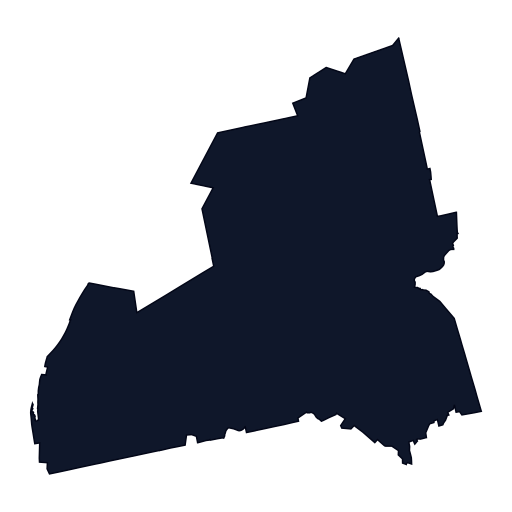 outline of Ainažu pag., Salacgrivas, Latvia
{"feature_id": "27541924B96759845375201", "entity_name": "Ainažu pag.", "entity_type": "district", "adm_level": 2, "iso_a3": "LVA", "parent_name": "Latvia", "parent_adm1": "Salacgrivas", "projection": "orthographic", "projection_center": [24.506, 57.884], "detail": "fine", "context": "isolated", "style": "filled", "palette": "ink", "viewbox_px": 512, "rotation_deg": 0, "n_neighbors": 0, "source": "geoboundaries", "source_scale": "gbopen_adm2", "svg_char_len": 5733}
<svg xmlns="http://www.w3.org/2000/svg" viewBox="0 0 512 512"><path d="M481.3,411.3L481.1,410.7L479.5,405.2L476.7,395.6L475.2,390.1L470.8,375.3L470.8,375.2L465.5,356.9L465.4,356.7L465.0,355.1L461.8,344.4L460.4,339.4L457.4,329.4L454.2,318.4L444.9,307.5L439.8,301.4L432.9,296.3L430.8,294.0L430.4,294.0L429.2,293.2L428.9,291.8L428.5,291.5L427.8,291.3L427.1,290.8L426.5,290.5L426.1,290.2L424.1,290.1L423.4,290.1L422.7,289.6L421.8,289.8L421.5,289.7L421.3,289.6L420.8,289.7L420.5,289.5L420.3,289.0L420.2,288.6L419.7,288.8L419.5,289.1L419.3,289.1L419.1,288.8L418.9,288.3L418.8,288.0L418.6,288.0L418.3,288.1L417.5,287.6L417.4,287.5L417.1,287.6L416.4,287.6L415.9,287.4L415.3,287.5L415.2,287.5L415.0,287.4L414.4,287.3L414.8,286.0L415.1,284.3L415.1,282.1L414.3,280.7L414.3,279.3L414.8,278.2L415.8,276.8L419.2,275.7L422.0,274.4L425.3,271.9L427.1,271.3L430.4,271.8L433.0,271.5L436.7,270.4L439.0,269.6L440.2,268.7L442.0,267.0L442.8,266.1L443.7,264.8L444.2,263.0L444.2,261.6L443.5,260.0L443.6,257.1L444.3,255.6L446.1,253.5L448.9,250.4L450.6,249.5L451.7,249.4L453.7,249.4L453.7,248.4L453.5,247.9L453.1,247.5L452.9,247.1L452.8,246.6L453.1,245.9L453.3,245.6L453.4,245.4L453.3,245.1L453.2,245.1L453.1,244.9L452.7,244.2L452.6,243.5L453.3,242.1L457.1,238.3L457.2,238.1L457.2,237.9L457.1,236.5L457.1,233.4L457.3,233.4L457.9,233.4L457.5,232.7L457.3,232.0L457.1,229.4L456.9,225.2L456.4,212.3L456.0,212.3L448.4,214.1L442.2,215.5L442.3,215.6L437.4,216.4L437.3,215.9L434.2,201.3L434.0,200.4L429.7,180.1L429.5,179.6L431.2,179.4L431.0,176.5L430.6,172.0L429.9,168.5L427.3,169.2L426.3,164.3L419.4,132.2L419.9,131.5L417.3,119.5L411.5,94.5L410.0,87.6L408.6,81.0L398.7,38.3L398.8,38.2L398.7,38.1L392.6,45.5L354.0,59.1L345.3,73.8L326.2,67.5L309.9,77.9L306.1,97.9L292.8,103.2L297.7,115.8L282.3,119.1L278.7,119.9L256.8,124.5L250.7,125.8L245.0,126.9L243.1,127.4L229.2,130.4L217.6,132.9L191.0,183.2L213.2,187.8L202.0,208.8L212.3,258.3L212.1,258.4L213.7,266.1L213.7,266.3L203.6,272.3L179.4,287.0L165.5,295.5L138.0,312.0L136.8,312.6L136.5,310.5L133.7,291.3L125.7,289.8L119.6,288.7L114.3,287.8L114.2,287.9L95.1,284.1L89.7,283.1L89.1,283.0L88.0,284.1L87.9,285.0L84.7,289.6L82.0,294.0L79.8,297.7L75.9,304.8L74.2,308.3L72.7,311.9L69.7,319.8L70.7,319.9L70.3,320.6L69.0,324.3L67.1,328.8L66.0,331.2L65.1,333.0L61.9,338.7L61.8,338.9L60.2,341.3L60.0,341.6L57.8,344.7L55.4,347.8L52.9,350.7L47.2,356.7L46.8,358.5L46.6,358.9L45.4,363.2L44.8,366.5L47.5,367.0L47.6,367.5L46.9,370.2L45.9,374.5L46.1,374.9L41.7,374.5L40.6,377.2L39.9,379.3L39.6,381.7L39.4,384.2L39.3,384.9L38.7,387.5L38.3,390.8L38.3,392.9L38.2,394.7L37.8,394.8L37.9,397.1L38.0,399.2L37.9,402.4L38.0,404.3L37.9,405.4L37.6,408.3L37.9,408.3L37.9,408.7L37.7,411.5L38.5,418.3L38.5,420.2L38.3,420.2L38.2,420.2L37.8,420.2L37.4,420.6L37.0,420.8L36.1,421.2L35.9,421.2L35.4,420.8L35.1,420.5L35.0,420.3L35.1,420.2L35.4,419.9L35.5,419.7L35.1,419.1L35.0,418.3L34.9,417.9L34.8,417.6L34.8,417.4L35.0,416.9L35.0,416.7L35.1,416.4L34.9,415.9L34.7,415.3L34.6,415.1L34.4,414.8L34.1,414.8L33.7,414.8L33.4,414.7L33.2,414.5L33.2,414.3L33.2,414.0L33.4,413.5L33.4,413.1L33.5,412.4L33.4,412.2L33.2,412.0L33.0,411.9L32.5,411.9L32.4,411.8L32.1,411.7L31.9,411.5L31.8,411.4L31.8,411.2L32.1,410.1L32.2,409.8L32.4,409.3L32.7,408.9L32.8,408.8L32.7,408.7L32.5,408.4L32.3,408.3L32.2,407.8L32.3,407.5L32.8,405.6L33.0,404.9L33.0,404.5L33.0,404.4L32.9,404.4L32.5,404.0L32.5,403.9L32.4,403.6L31.5,407.0L31.2,408.3L31.0,409.4L30.9,410.0L30.8,411.3L30.7,411.9L30.7,412.5L30.7,413.2L30.8,414.3L31.2,418.1L31.7,424.4L31.9,425.6L32.0,426.5L32.4,429.0L33.1,433.3L34.3,440.8L34.5,442.0L34.8,443.7L39.7,442.9L39.3,458.2L39.5,462.1L47.4,462.7L47.1,468.8L49.5,473.9L60.1,471.7L69.8,469.6L79.7,467.4L89.5,465.3L95.6,464.0L100.7,463.0L109.5,461.0L137.0,455.2L144.9,453.5L150.5,452.3L156.2,451.1L158.2,450.7L159.2,450.5L159.4,450.6L159.5,450.5L161.6,450.1L167.9,448.6L170.9,447.9L177.7,446.6L185.1,445.1L185.6,441.5L186.5,435.0L191.7,434.6L196.4,436.3L197.3,441.0L197.4,441.4L197.6,442.7L198.3,442.6L206.0,440.5L209.8,440.0L209.7,439.0L210.4,440.1L217.5,438.7L222.2,437.9L223.7,438.1L224.7,435.8L224.6,434.9L225.2,433.2L225.8,431.0L226.2,430.3L227.6,428.4L228.4,427.9L229.1,427.8L233.7,428.8L236.1,429.7L238.4,430.6L239.8,430.7L241.3,430.2L241.9,429.9L242.5,429.5L243.4,428.9L244.1,428.2L245.2,426.7L245.3,426.8L245.6,428.4L246.5,432.5L254.9,430.8L254.9,430.7L265.3,428.5L274.5,426.5L283.8,424.6L293.0,422.4L298.5,421.2L297.9,418.0L301.4,415.6L306.5,412.1L306.8,412.5L307.0,412.7L307.4,412.8L307.7,412.7L308.0,412.8L308.4,412.7L308.6,412.8L309.7,412.8L310.5,412.5L310.8,412.3L311.0,412.2L312.3,412.8L313.2,413.2L313.6,413.5L314.0,413.8L314.4,414.3L314.8,414.7L315.3,415.7L315.7,416.2L316.2,417.1L317.6,418.4L317.8,418.6L319.0,419.1L319.5,419.4L320.7,420.5L321.4,421.2L323.3,420.4L328.9,417.6L335.9,414.5L336.0,414.3L336.6,413.2L336.8,413.4L345.3,418.7L340.7,425.6L341.8,428.1L350.9,428.9L354.2,425.5L355.5,426.6L362.7,432.0L374.8,442.6L377.5,439.6L384.1,445.4L384.4,445.6L385.0,446.0L385.6,446.1L391.8,446.1L398.5,450.6L398.3,454.9L402.5,458.9L402.6,463.1L406.2,464.4L406.2,464.1L406.3,464.0L406.4,463.7L406.7,463.4L407.5,462.6L411.6,464.0L411.5,460.8L411.3,457.7L410.4,454.0L409.4,450.3L409.5,449.8L409.5,448.9L409.6,447.6L409.6,446.9L409.6,446.2L409.4,445.2L409.1,443.8L409.0,443.0L408.9,442.0L413.2,440.4L414.6,443.7L414.8,444.1L416.0,442.7L417.0,441.4L417.4,441.1L416.6,439.5L418.2,438.9L420.4,439.1L423.6,438.3L425.7,437.7L425.9,437.6L426.4,437.6L425.7,432.8L428.6,425.8L429.7,423.8L433.9,422.5L434.0,420.9L437.2,419.5L437.7,420.8L438.9,426.0L442.8,424.8L443.6,422.9L445.5,420.2L447.1,415.9L447.0,415.5L448.8,415.0L447.7,412.3L453.4,408.8L454.4,404.8L456.1,412.2L459.6,411.6L461.9,414.9L474.4,412.7L481.3,411.3Z" fill="#0f172a" stroke="#020617" stroke-width="1.5"/></svg>